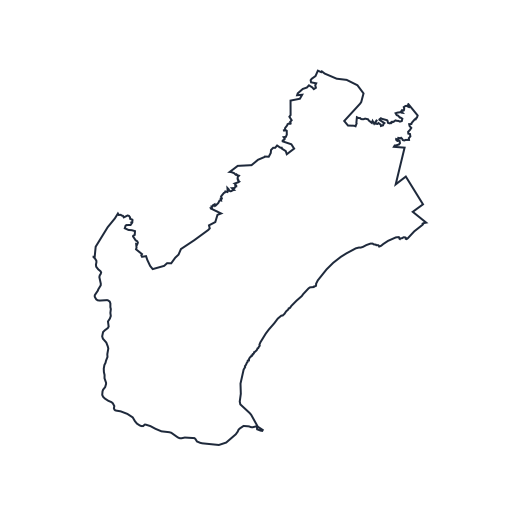 outline of La Unión de Isidoro Montes de Oca, Guerrero, Mexico, rotated 283°
{"feature_id": "50627088B26941201425875", "entity_name": "La Unión de Isidoro Montes de Oca", "entity_type": "district", "adm_level": 2, "iso_a3": "MEX", "parent_name": "Mexico", "parent_adm1": "Guerrero", "projection": "natural_earth1", "projection_center": [-101.827, 18.009], "detail": "fine", "context": "isolated", "style": "outline", "palette": "slate", "viewbox_px": 512, "rotation_deg": 283, "n_neighbors": 0, "source": "geoboundaries", "source_scale": "gbopen_adm2", "svg_char_len": 6102}
<svg xmlns="http://www.w3.org/2000/svg" viewBox="0 0 512 512"><g transform="rotate(283 256 256)"><path d="M218.3,98.0L217.6,99.4L215.5,101.5L214.1,101.9L211.5,102.0L209.6,102.7L207.5,105.3L206.2,107.9L205.2,108.8L203.6,108.7L202.0,108.1L200.2,108.1L194.1,111.0L192.5,111.3L187.9,109.8L186.7,109.7L181.8,107.8L180.7,107.8L179.7,108.3L177.8,110.1L177.2,111.7L177.4,113.7L179.5,120.8L179.5,121.7L178.7,123.7L177.0,124.8L173.4,125.6L171.6,126.5L167.8,126.9L164.9,128.0L162.2,127.7L158.9,126.5L154.1,128.3L152.4,127.8L149.6,125.4L147.5,124.1L143.1,124.2L141.0,125.4L138.0,129.6L134.6,131.9L132.6,132.9L126.9,133.2L124.2,134.0L120.2,133.4L118.1,133.4L115.7,132.8L112.0,133.0L108.7,133.9L106.0,135.2L102.8,135.9L98.8,138.4L97.6,138.7L94.3,138.5L91.4,137.1L89.6,136.9L86.1,137.4L84.4,138.7L83.1,140.8L81.7,144.6L81.1,148.0L80.3,149.6L77.9,151.7L75.7,151.8L74.5,152.6L74.0,153.4L73.9,154.4L74.2,159.1L73.2,166.2L71.0,172.2L67.8,175.2L65.9,177.7L64.8,180.7L64.5,182.4L64.9,184.3L66.7,185.5L66.9,186.3L66.5,191.4L65.0,196.9L63.9,203.3L64.8,211.2L64.7,213.2L62.1,219.5L61.5,221.2L61.3,222.7L61.6,224.3L63.1,227.5L64.7,237.0L64.0,238.2L62.0,240.2L61.4,243.7L61.4,245.8L63.5,262.3L67.5,268.9L77.7,276.4L80.8,277.7L82.9,278.1L84.4,279.1L87.6,282.1L88.4,287.4L88.1,289.9L88.4,291.3L90.1,294.6L89.5,295.4L87.4,296.1L86.9,299.7L87.0,301.4L88.0,301.7L90.1,296.1L100.2,287.0L101.6,285.1L107.9,274.1L110.5,272.9L118.3,272.2L128.2,269.6L142.6,269.5L145.3,270.4L146.1,270.0L147.7,270.7L150.0,271.1L150.8,271.6L152.2,271.5L152.6,271.9L152.7,272.6L154.4,272.4L156.0,273.0L157.7,274.4L158.1,274.1L158.8,274.9L159.7,274.9L160.0,275.5L161.1,275.9L161.8,275.8L162.2,276.4L164.4,277.9L166.4,278.3L166.7,278.9L168.1,279.2L169.4,279.8L170.4,279.3L172.9,279.7L182.7,283.0L187.4,285.1L194.5,288.9L199.9,291.3L203.6,294.1L204.0,295.4L206.1,296.8L208.8,297.8L211.2,299.5L212.3,299.6L213.1,300.8L215.4,301.7L221.7,305.6L227.2,309.6L229.6,310.6L236.3,314.5L237.6,315.7L238.7,319.2L239.2,319.2L240.2,321.0L241.2,321.1L242.5,320.8L246.2,321.7L258.9,327.8L266.8,332.8L274.3,338.9L279.0,343.6L285.9,351.5L287.4,354.4L287.7,356.0L288.9,358.1L291.5,361.1L293.8,364.7L294.3,366.9L293.8,368.0L294.0,370.2L293.6,370.8L294.0,372.6L293.7,373.3L292.9,373.9L293.0,374.1L294.2,375.7L296.3,377.3L300.5,381.3L305.6,388.1L306.5,390.8L306.4,391.2L305.1,391.9L304.9,392.4L305.5,392.6L306.3,394.5L307.4,395.5L307.7,397.1L307.5,397.8L306.4,398.1L306.3,398.9L307.4,399.9L315.7,404.7L323.9,411.3L324.7,411.6L325.1,411.2L325.7,411.9L326.8,414.3L334.3,398.8L343.9,407.1L367.1,384.1L357.2,376.0L395.0,376.4L393.4,365.8L394.9,366.3L395.1,367.2L396.8,370.2L398.4,370.9L400.7,369.8L399.9,367.9L400.8,366.4L401.5,366.3L401.4,367.3L401.7,368.2L403.1,368.1L403.2,370.3L403.8,370.8L403.1,372.0L402.0,372.9L401.9,373.5L402.0,374.7L402.7,375.5L403.5,379.0L405.2,378.4L407.3,379.5L409.5,378.6L409.5,376.9L411.2,376.3L413.4,377.6L415.7,378.5L417.2,376.4L418.9,375.6L419.6,377.7L420.8,377.8L424.4,379.7L425.0,380.7L425.4,380.4L427.1,381.7L429.3,381.9L438.8,369.6L436.1,372.2L435.5,371.8L435.9,369.9L436.3,369.4L435.8,367.9L434.3,366.5L432.8,367.3L431.1,367.3L430.8,367.0L431.0,365.5L429.6,364.9L428.5,366.5L428.4,365.5L428.7,364.6L427.5,361.5L426.5,359.9L424.9,361.4L424.7,362.9L423.2,365.1L423.4,365.6L422.7,367.7L420.3,367.7L419.3,366.0L419.7,364.3L419.4,362.9L419.5,361.4L417.8,359.9L417.5,358.9L417.3,359.1L416.7,357.8L416.2,358.0L415.7,357.6L415.8,356.9L415.3,356.3L415.4,354.7L417.5,353.6L417.8,353.1L418.0,347.5L418.3,346.7L416.8,345.5L416.4,345.7L414.4,351.2L413.3,350.5L411.9,350.4L410.8,348.5L412.0,348.0L413.1,345.4L412.0,344.7L411.8,342.1L416.0,343.3L411.4,341.4L413.8,339.2L411.7,338.9L413.4,335.4L414.4,334.4L414.4,331.4L413.5,330.1L413.1,328.2L413.2,327.3L413.8,326.4L413.5,324.8L413.9,323.1L408.6,323.8L407.9,324.2L404.8,323.8L405.0,322.3L403.8,316.3L407.4,311.6L427.9,323.2L429.7,323.9L438.6,324.2L445.2,316.4L448.0,304.7L446.9,294.7L449.2,281.9L450.7,278.6L449.8,278.2L450.5,274.6L444.7,273.5L441.2,270.4L439.6,269.7L437.6,270.6L437.8,275.8L435.7,275.3L433.4,276.5L431.6,274.8L433.0,272.8L434.2,269.2L431.6,267.7L429.3,264.0L423.9,260.1L421.9,259.9L423.5,264.7L419.1,263.4L415.2,254.7L401.1,258.0L399.2,257.2L396.3,260.2L394.3,259.1L393.3,259.9L392.7,259.9L392.4,259.3L392.4,258.1L391.5,257.1L390.3,257.0L387.3,255.6L385.5,255.7L384.8,254.9L384.5,255.1L385.2,257.1L384.9,257.8L381.2,258.7L378.8,258.3L378.0,256.2L376.6,257.7L375.6,257.2L374.6,256.1L374.0,256.0L373.7,256.2L372.8,265.3L369.2,269.0L362.1,263.1L364.9,261.4L366.4,257.2L367.3,256.7L367.0,255.4L368.4,251.7L365.7,250.3L365.3,248.4L362.7,246.8L359.7,247.2L355.6,246.1L354.9,242.3L354.5,242.2L350.2,236.3L343.5,231.2L339.7,217.9L332.0,211.5L332.2,213.0L331.8,216.0L330.6,218.0L330.6,218.5L331.1,218.7L330.5,219.9L330.4,221.3L329.8,221.0L329.4,220.4L327.0,220.7L326.8,221.1L326.0,221.3L325.8,221.9L325.1,222.0L324.7,222.9L324.5,222.7L324.7,222.1L323.9,222.2L321.9,219.1L321.8,219.5L321.5,219.2L320.8,220.1L320.2,220.0L319.9,221.0L319.4,221.1L319.2,220.4L317.4,219.8L316.7,217.5L315.4,219.8L314.7,218.2L313.8,217.6L313.3,216.5L313.6,215.3L314.8,214.4L315.8,212.9L312.5,213.9L311.9,213.8L312.0,211.6L310.9,211.4L310.2,210.5L306.7,208.8L305.9,208.6L304.4,209.8L303.8,209.6L303.7,208.8L302.2,209.5L302.2,208.6L301.8,208.0L299.1,207.3L296.0,205.3L295.6,204.8L297.1,204.1L295.7,202.6L294.8,202.7L294.3,201.5L292.8,202.3L292.3,202.0L292.3,201.2L292.1,201.3L289.6,212.4L287.4,209.2L279.9,208.7L275.3,203.3L272.5,204.7L270.7,203.7L257.4,192.2L245.9,181.3L239.9,180.2L236.2,177.7L229.8,175.0L229.0,171.0L225.7,168.7L220.0,158.3L222.5,155.1L227.7,151.0L231.1,148.9L229.6,145.1L230.9,144.1L232.2,144.5L235.5,137.6L237.3,137.7L240.6,136.6L240.4,137.6L242.4,137.9L243.6,137.0L244.2,135.2L247.4,131.8L248.1,131.8L249.3,133.1L253.0,132.5L253.2,129.3L252.7,125.9L253.5,121.9L256.2,122.1L257.0,122.8L258.0,126.8L260.5,127.8L260.8,127.2L261.2,127.8L263.3,127.6L263.6,127.3L263.9,125.0L265.3,124.6L266.5,123.2L266.6,121.8L263.9,118.5L265.2,117.3L265.2,116.0L265.7,114.9L265.1,113.0L266.3,111.9L260.8,110.0L250.7,105.0L229.0,97.7L218.9,99.0L218.7,97.9L218.3,98.0Z" fill="none" stroke="#1e293b" stroke-width="2"/></g></svg>